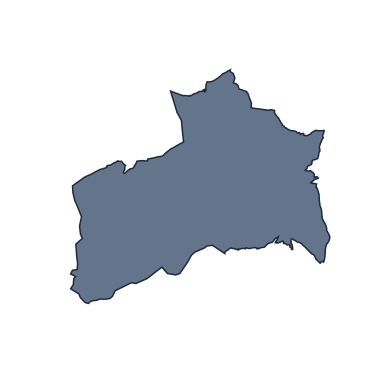 Intorsura Buzaului, Covasna, Romania (Albers equal-area conic projection), rotated 253°
{"feature_id": "2599482B89691616287649", "entity_name": "Intorsura Buzaului", "entity_type": "district", "adm_level": 2, "iso_a3": "ROU", "parent_name": "Romania", "parent_adm1": "Covasna", "projection": "albers", "projection_center": [26.001, 45.693], "detail": "fine", "context": "isolated", "style": "filled", "palette": "slate", "viewbox_px": 384, "rotation_deg": 253, "n_neighbors": 0, "source": "geoboundaries", "source_scale": "gbopen_adm2", "svg_char_len": 6089}
<svg xmlns="http://www.w3.org/2000/svg" viewBox="0 0 384 384"><g transform="rotate(253 192 192)"><path d="M212.1,336.4L212.4,335.9L212.5,334.7L213.5,331.1L214.8,328.4L214.8,328.1L214.5,327.5L214.5,326.8L214.4,326.0L214.1,325.4L214.1,325.0L213.6,323.2L212.8,322.2L212.6,321.4L212.6,320.1L212.3,319.6L212.2,319.1L212.8,316.8L213.4,315.8L213.8,315.5L214.8,315.9L215.2,315.8L215.6,315.2L215.6,314.0L216.0,313.1L215.6,312.5L216.1,312.5L217.3,312.1L217.3,311.8L217.6,311.2L217.4,310.5L217.7,310.0L217.9,309.8L218.8,309.6L220.3,308.1L222.3,303.6L223.4,302.7L224.4,301.5L225.8,300.8L226.4,299.9L227.0,299.4L228.1,299.2L228.8,298.4L229.9,297.9L231.2,297.9L232.8,297.1L234.0,297.1L235.4,296.6L237.0,296.5L238.0,296.2L239.6,295.2L242.3,294.4L243.4,293.9L244.1,294.3L244.9,294.4L245.5,294.6L245.7,294.8L246.1,294.6L246.2,294.1L247.0,292.9L247.9,290.9L247.7,289.3L251.1,282.0L251.4,281.1L251.8,280.6L253.6,276.4L255.4,273.1L259.4,274.8L270.0,274.2L271.0,273.4L272.0,273.7L275.1,269.5L276.7,267.1L279.2,267.0L280.2,267.2L280.4,266.9L282.0,266.3L282.4,266.0L284.4,263.5L285.0,263.8L285.7,264.5L287.8,265.9L288.6,266.2L289.4,266.3L293.0,266.0L293.4,265.9L295.7,264.0L296.7,263.7L297.0,263.8L297.6,264.3L297.2,261.5L296.6,260.1L296.4,258.8L296.0,255.6L294.9,254.0L294.5,253.0L293.9,251.1L293.4,250.2L293.0,248.2L292.4,247.4L292.2,245.1L291.9,244.2L291.9,242.0L292.9,238.5L292.3,238.2L290.6,236.9L289.0,236.2L285.4,235.1L284.8,234.7L284.4,234.3L284.0,233.6L284.7,233.3L285.4,233.7L286.2,234.4L286.5,234.0L286.5,233.4L286.3,233.0L286.4,232.6L286.2,232.4L285.6,232.9L285.2,232.4L285.2,231.5L285.5,230.6L285.7,229.5L286.0,228.5L285.7,227.0L285.3,226.6L285.3,225.9L285.3,225.2L285.2,224.5L285.3,222.3L284.6,220.0L284.4,218.9L284.4,217.9L284.9,217.9L284.8,216.9L286.3,213.5L286.5,212.3L287.9,210.0L289.5,207.8L290.2,207.1L291.8,204.7L294.8,201.0L273.7,201.0L272.8,200.9L263.5,202.8L257.1,201.4L252.6,200.6L249.0,199.7L247.4,199.6L242.3,198.5L240.9,191.3L239.9,187.5L239.5,184.9L239.0,183.3L237.0,178.2L236.4,177.0L236.4,176.8L235.1,174.8L235.2,172.4L235.6,169.7L235.8,165.5L236.4,159.2L234.9,158.5L234.9,158.1L235.2,156.8L236.5,153.9L237.6,148.4L236.0,147.2L232.0,142.5L231.9,141.9L232.1,141.3L232.0,140.8L232.2,140.3L232.1,139.3L231.7,137.9L230.2,134.5L229.4,133.2L230.6,132.0L232.2,133.1L232.4,133.7L233.0,134.2L236.2,135.3L236.9,136.3L237.7,135.5L239.1,134.7L242.1,133.5L242.3,131.9L243.5,130.0L242.9,128.4L242.6,126.3L242.6,125.4L242.3,124.4L241.6,122.5L241.9,120.0L241.9,118.9L241.7,118.1L240.8,118.0L240.7,117.7L240.7,117.2L240.3,117.0L240.2,116.8L240.3,116.5L240.3,115.4L240.5,114.8L240.2,114.2L240.2,113.7L240.5,111.0L239.4,105.0L238.4,100.3L238.0,96.1L237.5,93.4L232.8,79.5L225.9,77.9L218.0,77.4L213.6,78.0L200.6,79.1L192.3,74.5L184.2,73.0L179.7,73.6L176.1,65.7L164.5,63.0L157.1,61.7L151.4,59.5L152.1,54.8L149.1,52.0L145.2,55.9L143.6,53.5L138.1,51.4L134.9,47.6L127.6,54.0L123.6,54.4L118.0,57.2L117.3,57.8L115.7,60.2L116.1,61.1L116.2,61.6L116.6,62.1L117.1,63.5L117.1,64.3L117.0,65.9L116.3,68.8L116.5,71.6L116.4,73.3L115.6,75.4L114.8,78.1L114.2,81.5L114.3,82.8L115.6,85.6L120.0,89.6L123.0,107.5L120.9,111.6L122.4,124.0L125.9,132.9L128.9,141.3L121.2,144.7L117.5,152.1L117.6,156.5L125.9,166.9L131.7,172.9L133.6,176.9L134.9,187.8L136.0,190.7L135.0,196.0L123.5,205.4L125.2,206.3L125.7,207.8L126.0,209.0L126.0,209.5L126.6,210.5L126.9,211.2L127.2,213.0L126.9,213.3L126.3,213.8L126.0,214.8L124.1,217.9L124.0,218.1L124.0,219.1L123.4,218.9L123.1,219.0L123.1,219.6L123.5,221.4L123.3,223.2L123.4,223.6L123.2,223.8L123.2,224.6L122.8,225.3L122.0,226.4L122.9,227.1L122.7,227.4L122.3,228.4L121.5,229.5L121.1,230.4L120.9,231.5L121.0,232.9L120.6,234.8L120.6,236.1L120.0,236.7L118.7,237.4L119.2,238.0L118.9,238.3L118.7,238.8L118.1,239.2L118.5,240.1L118.6,240.6L118.6,241.7L118.1,244.5L118.2,245.4L120.1,248.8L120.3,249.3L120.3,250.5L120.8,251.4L120.4,253.3L120.4,254.1L122.1,256.4L123.1,258.2L123.6,260.2L124.0,261.5L122.5,260.5L121.2,259.1L120.1,257.4L119.6,257.0L119.1,256.8L119.0,257.3L119.1,257.7L118.9,258.1L118.5,258.2L118.3,258.4L118.7,258.6L118.1,259.6L118.3,260.4L118.1,261.8L118.5,262.8L118.6,263.5L118.6,264.1L118.4,264.6L118.0,264.9L116.4,264.5L115.9,264.9L115.6,265.4L115.9,265.9L113.5,267.4L113.3,269.3L112.2,269.8L110.8,269.6L110.7,270.0L110.2,270.3L108.5,270.5L108.2,270.9L107.7,270.8L107.6,271.5L108.5,271.7L111.8,272.3L112.7,272.2L113.5,271.5L114.0,272.0L114.4,271.7L115.0,271.8L115.7,272.3L116.5,272.5L116.7,272.4L117.1,272.7L118.0,273.1L117.6,274.2L117.5,274.8L116.6,275.0L115.3,276.7L114.5,277.0L113.8,277.7L113.0,278.6L112.3,280.0L111.6,280.7L109.7,282.1L108.5,282.5L106.2,284.1L103.5,285.4L102.7,286.0L101.8,286.2L100.3,287.2L98.2,288.1L96.7,289.7L95.9,290.3L94.2,290.7L91.4,290.9L88.2,292.8L87.1,293.2L86.6,293.6L86.4,293.8L86.5,294.0L87.4,295.1L87.7,296.0L87.4,296.4L86.4,297.2L87.0,297.8L88.9,299.0L92.7,300.8L98.1,302.7L101.5,304.6L102.2,305.1L103.8,307.0L104.6,308.1L105.4,308.9L107.8,310.3L109.2,310.7L112.7,310.3L116.1,309.5L117.9,310.2L119.4,310.3L121.6,310.2L126.7,309.1L128.4,308.9L131.0,309.3L137.2,310.6L141.7,310.4L146.9,311.4L151.1,312.4L153.3,312.8L155.7,312.8L159.4,312.7L160.0,312.4L160.4,311.9L163.2,313.5L165.1,310.2L164.8,310.0L166.1,308.2L166.4,308.7L167.6,311.7L167.9,312.0L168.0,313.8L168.2,315.7L168.2,316.6L168.5,316.9L169.2,316.6L169.9,316.1L170.3,315.6L170.2,315.1L170.4,314.3L170.0,313.8L170.1,313.2L170.4,313.2L171.1,313.6L172.1,313.5L172.3,313.5L172.9,314.1L173.5,314.1L175.0,313.6L175.8,313.0L176.5,312.2L177.2,312.0L177.6,311.7L177.9,310.7L178.0,309.0L178.1,308.7L178.8,308.1L179.2,307.4L179.3,306.8L179.7,306.6L180.1,307.2L180.4,308.1L180.9,308.9L182.1,309.4L182.8,310.5L183.0,311.6L183.2,311.8L183.1,312.4L183.4,313.9L183.4,314.3L183.6,314.3L184.5,314.9L185.1,314.9L185.4,315.7L186.5,315.7L186.7,315.9L187.1,316.9L187.2,318.7L186.9,319.6L187.2,321.0L187.2,321.6L187.7,322.3L189.8,323.7L192.0,324.6L193.0,325.3L193.5,326.1L195.6,326.8L196.3,326.6L197.0,326.6L198.2,327.2L200.3,328.6L202.9,330.8L204.2,331.6L205.3,333.3L205.9,333.4L206.8,333.3L207.5,333.3L207.9,333.4L209.4,334.7L211.4,336.1L212.1,336.4Z" fill="#64748b" stroke="#1e293b" stroke-width="1.5"/></g></svg>